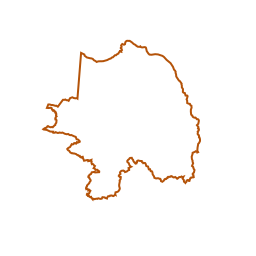 the district of Mackenzie District, Canterbury, New Zealand, rotated 126°
{"feature_id": "76426892B16622223508882", "entity_name": "Mackenzie District", "entity_type": "district", "adm_level": 2, "iso_a3": "NZL", "parent_name": "New Zealand", "parent_adm1": "Canterbury", "projection": "albers", "projection_center": [170.575, -43.938], "detail": "fine", "context": "isolated", "style": "outline", "palette": "amber", "viewbox_px": 256, "rotation_deg": 126, "n_neighbors": 0, "source": "geoboundaries", "source_scale": "gbopen_adm2", "svg_char_len": 5873}
<svg xmlns="http://www.w3.org/2000/svg" viewBox="0 0 256 256"><g transform="rotate(126 128 128)"><path d="M66.6,104.8L64.2,106.4L63.5,108.3L61.9,109.5L61.1,110.6L60.6,110.7L59.6,113.6L59.7,114.7L58.0,119.2L56.3,120.7L55.4,122.0L54.5,122.5L54.0,123.5L53.7,125.1L52.1,127.5L50.5,131.7L50.2,136.8L49.4,140.6L49.4,142.5L50.8,146.9L52.3,149.4L54.9,152.0L56.0,153.8L55.8,155.2L54.8,158.0L52.6,160.5L52.4,161.2L52.8,162.1L54.5,163.9L55.0,165.2L54.7,166.0L55.6,166.4L56.5,167.9L56.6,169.2L56.4,169.6L56.6,170.2L56.4,171.0L56.7,172.8L56.4,175.2L56.5,177.8L58.0,180.0L58.5,180.4L60.1,180.6L62.0,179.7L63.0,180.2L63.4,182.0L64.7,182.1L65.4,182.0L65.8,181.1L67.1,180.5L67.4,180.9L67.7,180.7L67.6,180.0L68.5,178.7L69.7,179.0L70.3,178.3L70.5,178.8L70.1,179.5L70.4,179.8L71.0,179.5L72.2,179.8L73.4,179.5L75.2,180.4L76.1,180.4L76.8,181.3L79.7,181.8L80.5,182.5L82.0,182.8L82.9,183.6L85.3,184.8L88.6,187.4L91.5,191.2L93.0,192.2L92.9,193.7L93.2,195.3L92.8,197.2L93.4,199.0L93.7,199.3L95.1,202.7L95.0,205.6L94.2,206.5L94.8,210.1L133.9,186.2L133.9,187.0L134.9,188.0L135.6,189.4L135.9,191.1L137.9,192.4L140.9,192.0L141.0,193.1L141.7,194.2L141.8,195.5L142.4,195.8L143.4,197.2L152.0,197.3L152.1,199.1L152.7,199.7L153.7,202.5L154.3,203.1L155.0,205.2L155.8,206.3L159.4,205.4L158.4,203.8L157.1,202.6L156.9,202.1L157.1,201.6L156.9,201.4L157.8,200.2L157.6,199.8L157.7,199.1L157.5,198.9L157.8,198.7L157.5,198.5L157.4,198.0L157.7,197.8L157.5,197.3L157.9,196.9L157.7,196.4L158.0,196.1L157.7,195.9L158.0,195.3L158.7,194.4L159.0,194.5L159.2,194.0L160.2,193.6L160.5,192.6L161.9,192.8L162.9,192.5L163.0,191.9L163.7,191.7L163.5,191.2L163.7,190.4L165.9,189.1L167.4,189.1L168.4,188.6L169.1,189.0L171.6,189.3L171.7,190.0L172.8,190.9L173.5,192.9L173.5,193.9L174.1,194.2L175.4,194.1L177.2,195.3L178.8,195.8L178.8,195.4L177.3,192.6L176.6,188.9L175.3,186.9L175.5,186.9L175.7,186.4L175.4,186.3L175.5,186.0L175.3,185.6L175.5,185.3L174.8,184.4L173.9,184.1L173.4,182.1L172.6,181.1L172.0,180.9L171.2,179.2L170.2,178.3L169.8,175.7L169.0,173.8L168.0,172.9L168.0,171.2L167.6,170.3L167.0,169.8L166.3,166.3L165.9,165.1L167.3,163.0L166.7,161.4L167.1,159.2L167.7,159.0L167.9,159.3L168.6,159.5L169.0,159.8L169.0,160.3L169.4,160.5L169.5,160.8L169.9,160.5L170.4,161.0L171.2,160.9L171.3,161.8L171.7,162.0L171.8,162.6L172.4,162.8L173.3,162.7L174.1,163.4L174.2,164.0L177.4,163.7L179.3,164.6L180.7,164.8L181.0,164.2L181.2,163.3L181.0,162.2L181.7,160.4L181.5,158.7L180.9,158.0L180.9,157.4L180.3,156.7L179.6,154.7L179.7,153.5L179.3,152.5L179.5,152.0L179.3,151.7L179.4,151.2L178.9,150.6L179.6,149.6L179.3,148.2L179.1,147.9L178.4,148.2L177.9,147.7L178.4,147.1L179.0,146.9L179.2,146.0L180.3,144.3L177.8,142.1L177.4,141.3L178.2,140.7L177.2,139.7L176.8,139.9L175.3,138.9L176.3,138.4L176.5,137.7L177.7,137.1L178.4,136.0L178.0,135.8L177.8,134.8L178.2,133.5L178.2,132.4L180.7,132.2L180.4,131.0L181.0,129.7L179.9,128.5L180.0,125.8L180.7,125.4L183.3,128.5L183.0,129.1L185.2,131.3L187.0,130.9L188.4,131.7L189.1,131.4L190.3,131.7L191.0,131.3L190.9,130.2L191.4,129.8L191.9,128.0L192.6,127.2L194.9,127.2L195.5,126.9L198.6,127.4L199.5,126.8L200.3,127.0L201.4,126.6L202.0,125.8L201.3,125.3L201.4,124.6L201.0,124.0L201.8,123.4L200.8,122.8L200.9,121.5L203.3,121.2L203.8,120.9L204.4,121.2L205.1,122.4L205.6,122.4L206.1,122.1L206.0,121.9L206.3,121.5L206.1,120.7L206.4,120.8L206.6,120.5L206.1,119.0L206.2,118.2L205.4,117.4L206.0,116.8L205.9,115.9L206.3,115.4L206.5,114.5L205.9,114.7L205.4,114.1L205.2,113.2L203.8,112.1L203.3,111.1L202.4,110.8L201.6,108.7L200.6,107.7L199.0,108.0L197.8,106.0L198.0,105.4L197.4,103.6L196.8,103.9L194.9,104.0L194.0,102.8L193.1,102.7L192.8,102.1L192.1,101.5L191.9,100.1L191.6,99.7L189.6,99.3L189.5,98.8L189.0,99.5L187.4,100.3L185.7,98.9L184.7,98.6L182.7,98.7L181.6,99.2L180.1,101.1L178.9,101.9L176.1,103.2L175.3,104.0L173.9,103.9L171.9,105.0L172.1,105.8L172.5,105.8L172.2,107.3L170.8,107.5L169.6,107.1L168.6,108.4L167.3,108.4L166.2,107.9L165.1,106.6L165.2,105.9L165.0,105.6L165.1,105.0L165.4,104.5L163.9,103.4L161.8,102.9L161.3,102.4L160.6,102.9L160.1,104.0L157.5,102.7L157.6,103.2L157.2,105.0L156.0,106.7L155.9,108.4L155.2,109.2L153.7,109.2L152.4,108.8L151.4,108.9L150.8,108.5L149.9,107.4L150.5,106.6L150.8,105.1L151.4,104.5L151.9,103.3L152.4,101.0L151.7,100.4L150.8,101.0L150.4,100.6L149.2,101.2L148.3,100.7L147.6,98.9L146.6,97.5L147.3,96.7L147.4,96.1L147.2,95.6L147.5,95.0L146.9,94.6L146.3,93.6L146.5,92.9L148.0,90.8L147.4,89.1L149.2,86.9L148.4,85.9L149.3,84.8L149.6,84.2L149.0,83.4L149.4,82.3L151.0,80.8L151.9,78.4L152.8,77.4L152.3,75.6L151.3,74.6L150.7,73.6L150.6,72.6L150.2,72.1L150.3,71.5L151.6,70.0L151.3,68.6L149.5,68.1L148.0,68.3L147.4,68.0L147.3,67.5L146.7,67.1L146.0,67.2L145.2,66.6L144.6,67.0L144.0,66.9L142.9,65.3L142.1,65.2L141.3,64.4L141.5,63.9L141.3,63.3L141.3,62.3L140.8,61.6L139.9,61.0L140.0,60.2L139.8,59.4L140.2,58.6L140.0,58.2L137.6,57.7L136.8,56.6L135.8,56.2L135.7,55.0L134.9,54.5L136.8,54.2L137.3,52.2L138.5,51.2L138.7,49.3L138.3,49.4L137.3,49.1L136.0,49.7L134.8,49.0L134.7,48.4L135.1,47.9L134.7,47.2L132.1,48.1L131.6,47.8L130.9,47.8L130.6,47.2L129.6,46.6L129.4,46.0L129.1,45.9L128.1,47.2L127.7,47.3L127.7,48.2L126.9,48.8L125.3,48.5L122.9,49.5L122.4,50.9L121.2,52.4L121.1,53.9L118.2,54.6L117.4,55.9L116.5,56.5L115.6,58.0L113.8,59.6L110.8,60.6L110.3,61.1L109.5,60.9L108.3,60.0L107.1,59.6L107.0,58.7L106.5,57.6L106.8,57.4L106.3,57.1L105.6,58.6L103.0,60.2L99.5,61.9L98.3,61.7L96.2,62.1L95.1,62.9L94.2,63.8L93.9,64.9L93.5,64.9L93.4,65.3L92.2,66.4L92.2,67.7L91.7,68.3L90.7,68.7L90.0,69.5L88.5,69.3L88.1,69.8L87.5,69.8L87.1,70.2L87.1,71.2L85.9,71.5L85.2,73.9L83.3,73.6L80.5,74.9L79.8,75.9L79.8,76.7L80.4,77.4L79.9,79.5L80.6,80.3L80.9,81.6L80.7,82.6L80.1,83.3L80.2,84.2L79.8,85.0L77.8,86.8L76.2,87.9L74.2,88.5L72.7,89.8L72.9,90.8L72.1,92.1L72.7,93.2L73.0,94.8L71.1,96.2L70.3,97.5L69.5,97.6L67.2,98.5L67.0,99.3L67.9,100.5L66.3,102.6L66.8,103.8L66.6,104.8Z" fill="none" stroke="#b45309" stroke-width="2"/></g></svg>